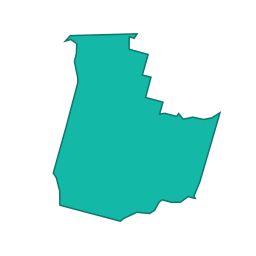 the district of Putnam, Florida, United States of America, rotated 196°
{"feature_id": "52423323B20904030146167", "entity_name": "Putnam", "entity_type": "district", "adm_level": 2, "iso_a3": "USA", "parent_name": "United States of America", "parent_adm1": "Florida", "projection": "equal_earth", "projection_center": [-81.769, 29.582], "detail": "fine", "context": "isolated", "style": "filled", "palette": "teal", "viewbox_px": 256, "rotation_deg": 196, "n_neighbors": 0, "source": "geoboundaries", "source_scale": "gbopen_adm2", "svg_char_len": 695}
<svg xmlns="http://www.w3.org/2000/svg" viewBox="0 0 256 256"><g transform="rotate(196 128 128)"><path d="M172.2,35.0L109.7,36.3L107.2,39.9L96.3,49.4L83.6,51.8L79.7,56.3L77.7,65.2L75.4,68.4L65.5,68.5L57.1,71.2L51.2,78.7L45.7,78.7L44.0,78.9L45.8,80.7L44.1,96.4L43.8,168.0L50.3,160.8L57.8,157.0L68.7,156.3L77.4,151.7L83.3,155.9L84.2,152.5L96.5,152.3L101.5,150.1L101.5,162.5L119.5,162.2L119.9,183.2L128.8,182.9L128.9,204.2L148.7,204.0L152.0,216.1L146.8,215.9L145.3,221.0L208.9,200.9L212.2,194.3L207.4,197.3L200.5,195.0L198.1,185.0L197.9,177.3L190.3,162.7L188.7,157.5L187.8,113.5L187.5,77.7L187.4,64.0L183.0,60.2L176.2,48.4L172.2,35.0Z" fill="#14b8a6" stroke="#0f766e" stroke-width="1.5"/></g></svg>